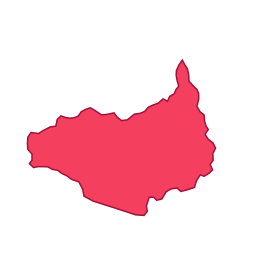 Vinhedo, São Paulo, Brazil (Albers equal-area conic projection), rotated 197°
{"feature_id": "56859067B14267912017366", "entity_name": "Vinhedo", "entity_type": "district", "adm_level": 2, "iso_a3": "BRA", "parent_name": "Brazil", "parent_adm1": "São Paulo", "projection": "albers", "projection_center": [-46.977, -23.061], "detail": "fine", "context": "isolated", "style": "filled", "palette": "rose", "viewbox_px": 256, "rotation_deg": 197, "n_neighbors": 0, "source": "geoboundaries", "source_scale": "gbopen_adm2", "svg_char_len": 1304}
<svg xmlns="http://www.w3.org/2000/svg" viewBox="0 0 256 256"><g transform="rotate(197 128 128)"><path d="M211.9,65.1L206.8,62.6L202.8,64.7L198.2,66.1L193.5,67.4L188.2,66.3L183.0,67.0L178.2,65.2L172.5,64.4L167.1,62.4L159.2,62.1L153.3,56.0L150.2,50.0L140.0,47.9L123.5,47.7L118.4,47.7L110.3,47.5L95.3,47.2L87.1,49.1L85.2,53.9L87.6,58.8L87.5,67.9L83.3,69.3L79.4,67.3L74.9,70.0L72.8,78.2L69.0,82.3L63.6,84.9L58.9,82.8L53.1,86.3L47.1,90.5L47.1,97.4L45.2,104.4L41.2,104.0L37.2,108.4L34.9,112.6L38.8,117.2L37.1,121.9L39.4,128.3L38.4,134.4L42.4,138.6L48.0,140.7L52.5,144.5L50.8,150.0L54.0,152.8L56.8,157.0L59.1,162.8L63.9,164.7L68.5,168.8L68.8,176.3L70.5,181.6L73.3,185.0L77.4,187.0L83.4,190.7L85.6,196.7L88.6,202.1L92.0,204.9L95.9,208.8L97.7,203.2L98.5,197.3L97.4,192.6L95.0,187.9L91.7,182.8L93.4,178.8L93.8,174.3L97.4,170.4L98.0,165.1L103.0,166.1L106.4,160.5L110.5,157.5L114.5,154.0L116.9,148.8L120.3,145.8L126.0,143.1L131.0,135.6L136.4,133.2L141.9,135.4L145.8,138.4L152.0,134.9L157.3,132.8L164.0,134.9L170.0,136.3L173.8,133.5L177.5,129.8L179.1,124.9L182.6,121.9L186.8,120.3L190.7,119.8L195.6,120.0L198.2,115.6L197.6,108.6L202.7,106.3L209.1,100.0L211.7,96.7L215.5,95.9L219.4,95.4L221.1,90.0L219.6,83.5L217.5,78.2L212.2,75.0L210.4,69.1L211.9,65.1Z" fill="#f43f5e" stroke="#9f1239" stroke-width="1.5"/></g></svg>